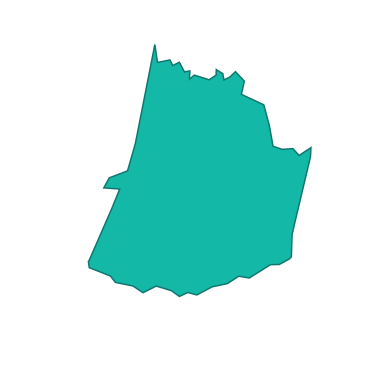 Wilkes, Georgia, United States of America, rotated 217°
{"feature_id": "52423323B5561424774861", "entity_name": "Wilkes", "entity_type": "district", "adm_level": 2, "iso_a3": "USA", "parent_name": "United States of America", "parent_adm1": "Georgia", "projection": "equal_earth", "projection_center": [-82.73, 33.794], "detail": "fine", "context": "isolated", "style": "filled", "palette": "teal", "viewbox_px": 384, "rotation_deg": 217, "n_neighbors": 0, "source": "geoboundaries", "source_scale": "gbopen_adm2", "svg_char_len": 816}
<svg xmlns="http://www.w3.org/2000/svg" viewBox="0 0 384 384"><g transform="rotate(217 192 192)"><path d="M216.9,312.0L229.7,314.3L231.0,306.5L233.9,300.7L238.6,305.0L246.3,304.4L243.1,299.9L245.9,291.9L260.4,286.8L261.9,280.6L266.6,287.4L270.3,283.4L280.2,288.0L283.5,281.4L289.1,284.2L297.5,274.7L310.4,287.4L266.4,196.6L256.2,170.1L266.6,153.5L264.9,142.2L251.5,150.9L246.1,130.5L233.1,76.0L232.9,74.1L228.5,69.7L206.7,75.8L198.8,73.7L182.6,81.4L170.5,82.1L164.0,95.3L149.1,100.8L139.2,101.0L134.9,109.2L126.2,112.7L118.9,128.3L108.6,140.2L104.0,152.9L94.5,157.8L85.6,181.2L78.7,186.6L74.0,197.0L73.6,200.0L86.3,218.0L91.4,229.3L118.6,291.5L123.7,299.0L128.5,285.6L137.4,287.4L145.7,280.3L154.8,277.3L170.3,291.7L187.1,304.8L211.3,299.7L216.9,312.0Z" fill="#14b8a6" stroke="#0f766e" stroke-width="1.5"/></g></svg>